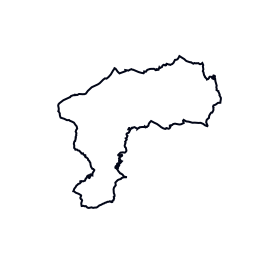 the district of Resita, Caras-Severin, Romania, rotated 115°
{"feature_id": "2599482B11071045688539", "entity_name": "Resita", "entity_type": "district", "adm_level": 2, "iso_a3": "ROU", "parent_name": "Romania", "parent_adm1": "Caras-Severin", "projection": "mercator", "projection_center": [21.973, 45.299], "detail": "fine", "context": "isolated", "style": "outline", "palette": "ink", "viewbox_px": 256, "rotation_deg": 115, "n_neighbors": 0, "source": "geoboundaries", "source_scale": "gbopen_adm2", "svg_char_len": 5805}
<svg xmlns="http://www.w3.org/2000/svg" viewBox="0 0 256 256"><g transform="rotate(115 128 128)"><path d="M142.2,198.3L142.8,197.0L143.8,195.9L144.9,195.4L146.3,194.3L147.1,193.4L146.6,189.7L146.7,186.7L145.7,184.7L146.0,183.8L145.9,181.0L146.0,179.2L147.3,177.1L148.2,175.2L150.1,173.8L151.3,174.1L153.4,173.9L154.3,172.7L154.9,172.4L155.5,172.4L156.6,171.7L157.8,171.8L158.7,171.2L159.0,171.4L159.4,171.3L159.8,170.9L160.6,170.7L161.4,170.7L161.7,170.5L162.1,170.4L162.5,170.8L163.0,170.9L165.3,170.4L166.4,169.4L168.8,168.4L169.2,167.3L169.9,166.5L169.1,165.3L169.5,164.0L169.2,162.8L169.4,161.9L169.7,161.5L170.2,160.0L170.8,159.4L170.8,159.2L170.0,158.1L170.9,157.2L171.0,156.0L170.7,155.2L171.3,154.8L171.7,155.1L172.4,154.2L172.3,153.0L172.8,151.4L173.9,150.5L174.0,149.7L174.5,148.8L174.8,148.6L175.4,147.5L177.0,146.5L178.7,145.2L180.1,143.1L179.8,142.1L180.3,140.8L180.7,140.7L183.8,141.0L184.9,140.7L185.9,140.3L185.7,142.1L186.2,142.6L186.7,142.7L186.8,141.6L189.6,141.8L189.7,142.5L188.0,144.1L188.9,144.6L191.0,144.5L191.7,145.0L192.6,144.7L193.2,144.9L193.8,144.7L195.3,146.1L195.7,147.6L196.4,148.7L196.7,148.6L196.9,148.1L196.7,147.7L198.5,148.2L200.0,149.6L201.0,149.8L201.9,150.4L203.7,150.5L205.6,151.0L208.4,150.8L208.2,150.1L208.7,148.1L208.5,145.0L208.8,142.2L209.2,141.8L211.5,141.7L212.3,140.8L212.4,140.4L212.3,139.9L213.0,139.0L215.9,138.6L217.7,137.5L218.3,137.0L217.4,135.5L217.2,134.0L216.6,133.2L217.3,131.1L217.0,129.7L215.4,127.6L215.1,125.8L214.2,124.5L213.4,123.0L212.7,122.4L210.2,121.2L209.3,120.2L207.0,118.5L206.7,118.0L205.2,117.0L204.8,116.3L203.6,115.5L203.0,114.3L202.0,113.4L202.2,111.9L202.0,111.3L201.8,111.1L201.2,111.6L199.8,110.6L199.1,110.9L198.4,110.7L198.0,110.9L197.4,110.9L196.5,111.8L195.3,111.4L194.1,112.1L192.9,113.4L189.6,115.2L187.8,115.5L185.1,114.9L182.8,116.4L179.6,115.3L178.7,114.6L177.2,112.9L176.2,112.7L175.8,112.4L174.3,110.9L174.0,110.0L173.0,108.2L173.5,110.0L173.6,111.2L173.4,111.8L172.6,113.1L172.4,113.8L172.5,114.6L172.2,115.4L172.4,116.1L171.8,117.0L171.4,118.1L170.2,119.9L169.8,120.9L169.2,120.2L168.8,120.1L168.3,120.1L167.6,121.0L167.8,121.4L169.0,122.0L169.4,122.5L169.1,122.8L168.1,123.0L167.1,122.6L166.9,122.3L166.9,120.9L166.7,120.6L166.2,120.2L165.7,120.1L165.2,120.3L165.0,120.6L165.4,122.0L165.3,122.6L165.0,122.7L164.0,122.0L163.4,120.4L163.2,120.2L160.7,119.5L160.7,119.9L160.9,120.4L162.2,121.5L162.0,122.0L160.9,122.5L159.8,121.8L159.6,122.0L159.6,123.0L159.4,123.3L159.0,123.3L158.1,123.1L155.9,121.7L155.4,121.7L155.0,122.0L154.9,122.2L155.1,122.6L156.1,123.3L156.9,124.6L157.0,124.9L156.9,125.3L156.5,125.5L153.5,124.4L152.2,122.3L151.9,121.0L151.7,120.5L151.0,120.1L149.4,119.8L148.8,120.1L147.0,121.5L146.7,121.8L146.5,122.7L145.8,123.3L145.1,123.7L144.1,123.7L143.3,124.0L142.5,123.9L141.7,124.8L139.1,124.3L138.3,125.7L137.3,124.9L136.3,125.2L135.4,125.1L134.7,126.5L133.9,126.8L133.1,126.5L132.3,125.6L131.7,125.3L131.3,125.2L130.6,125.4L129.4,125.1L128.7,125.7L129.1,127.1L127.7,127.1L127.5,126.8L127.8,126.5L128.0,125.9L127.6,125.0L126.8,124.4L126.5,124.3L126.2,124.6L125.9,124.4L125.8,123.7L125.2,123.3L124.5,122.5L124.5,122.1L124.7,119.8L124.7,119.4L124.8,119.3L124.5,119.1L124.8,119.0L123.7,118.5L123.0,117.8L122.4,117.7L121.1,115.6L120.5,114.2L119.9,113.8L119.8,113.4L120.0,113.2L119.8,112.9L119.6,113.0L119.7,112.6L120.0,112.5L120.0,112.3L119.3,112.0L119.3,111.6L119.0,111.2L118.2,111.1L117.8,110.7L117.4,110.5L115.5,110.9L113.9,110.7L111.9,110.0L112.1,106.5L112.1,103.4L112.7,100.3L113.2,98.4L113.4,96.0L113.2,94.3L112.9,93.5L111.9,93.3L111.7,92.9L111.7,92.0L111.5,90.9L110.9,90.3L109.8,90.0L109.3,90.1L108.8,90.7L108.3,90.3L107.9,90.9L107.7,90.7L107.8,90.5L107.3,90.1L106.7,89.3L105.3,88.7L104.2,87.2L103.2,83.2L102.7,82.2L102.0,81.3L99.9,79.6L98.2,81.2L97.1,81.0L97.4,78.0L96.6,75.6L96.0,71.8L95.0,69.9L93.6,66.2L92.6,64.3L92.5,61.6L93.0,59.4L92.9,58.6L93.0,58.0L92.8,56.9L92.3,56.9L89.7,59.6L87.6,60.1L85.8,59.6L85.6,59.3L84.7,58.9L82.5,59.6L80.1,59.4L78.8,59.0L78.4,58.2L76.3,58.1L75.5,58.2L74.0,59.0L73.3,59.1L73.0,59.7L72.5,60.0L71.3,60.0L70.6,59.2L69.5,58.3L67.2,57.1L66.1,55.0L63.9,55.7L63.3,55.8L61.5,56.5L59.6,59.0L59.0,59.0L57.5,60.6L56.7,61.8L56.4,61.8L56.2,63.8L54.9,64.2L53.7,65.2L52.2,65.5L48.6,68.6L46.3,70.0L45.9,70.6L44.3,71.1L44.1,71.7L44.3,72.7L45.5,72.7L46.9,71.4L47.4,71.3L47.4,72.6L46.3,73.7L46.9,75.5L47.4,75.8L48.4,75.7L49.6,76.0L49.9,76.2L50.7,77.0L50.0,77.6L49.8,78.5L49.2,79.9L48.8,80.0L48.1,81.2L47.3,81.9L46.1,82.8L45.7,83.0L44.9,84.2L43.0,84.5L40.3,86.3L39.2,86.4L37.7,88.1L39.1,88.8L39.5,89.3L39.8,90.0L39.5,91.7L39.8,92.0L40.2,93.1L40.7,93.6L41.1,95.4L42.0,95.8L42.1,96.8L41.8,98.3L41.8,98.8L42.1,99.1L42.3,100.3L42.6,103.1L42.5,104.1L41.8,106.0L41.1,111.8L43.4,111.9L44.8,112.2L45.7,113.0L46.4,114.2L49.7,114.3L51.4,115.0L52.2,115.8L53.0,116.4L53.0,117.5L53.4,118.3L53.3,119.1L53.5,120.1L54.0,120.1L54.4,120.4L55.1,120.1L55.4,120.4L55.6,120.9L55.5,121.9L55.7,122.5L57.0,123.1L58.4,123.0L58.7,123.2L59.3,123.9L60.0,124.2L60.3,124.6L59.9,125.2L60.7,125.1L61.4,125.3L62.1,124.9L62.7,125.4L62.7,126.2L62.5,126.8L62.6,127.0L63.5,126.8L63.9,127.4L63.4,129.0L63.4,129.5L65.1,132.9L67.1,135.0L68.2,135.4L69.2,135.4L69.5,135.7L69.9,136.8L69.9,137.2L71.5,136.9L71.8,137.0L72.4,139.4L72.8,142.0L73.0,147.9L73.3,148.7L73.2,149.7L74.3,150.8L75.9,152.0L76.0,152.8L76.6,154.9L77.5,154.2L82.1,158.8L81.3,161.2L79.9,163.6L79.5,164.5L79.5,165.5L80.8,165.5L82.1,165.8L86.7,166.2L90.1,167.2L92.3,168.3L92.8,169.9L94.7,170.9L99.4,172.6L101.3,173.8L106.4,178.1L111.4,180.1L114.6,180.7L115.6,181.6L116.5,183.3L117.9,186.8L119.4,187.8L119.8,188.8L120.2,189.1L120.2,190.1L120.8,190.2L121.4,191.4L123.2,193.2L124.4,193.4L124.5,193.7L124.8,193.8L130.1,198.3L134.5,200.6L135.9,201.0L137.3,200.7L139.4,199.1L141.4,198.2L142.2,198.3Z" fill="none" stroke="#020617" stroke-width="2"/></g></svg>